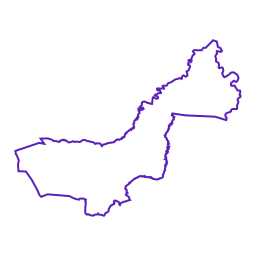 San Joaquín, Querétaro, Mexico (Albers equal-area conic projection)
{"feature_id": "50627088B97826300633000", "entity_name": "San Joaquín", "entity_type": "district", "adm_level": 2, "iso_a3": "MEX", "parent_name": "Mexico", "parent_adm1": "Querétaro", "projection": "albers", "projection_center": [-99.468, 20.999], "detail": "fine", "context": "isolated", "style": "outline", "palette": "violet", "viewbox_px": 256, "rotation_deg": 0, "n_neighbors": 0, "source": "geoboundaries", "source_scale": "gbopen_adm2", "svg_char_len": 5880}
<svg xmlns="http://www.w3.org/2000/svg" viewBox="0 0 256 256"><path d="M222.0,50.8L221.2,50.0L220.6,48.2L217.8,46.8L216.9,41.6L213.1,40.3L205.7,47.8L203.4,47.8L201.6,50.3L193.9,50.2L192.9,51.4L194.6,53.7L194.3,54.3L192.7,55.4L191.9,57.6L191.4,58.4L191.4,59.4L191.7,60.8L190.9,62.0L189.6,59.9L188.5,60.2L188.8,62.9L187.9,63.9L188.3,64.9L189.5,65.2L190.1,66.2L188.6,70.4L186.6,71.3L187.3,74.0L187.3,75.8L185.7,76.7L183.5,75.4L182.3,76.2L181.9,78.5L181.6,78.9L179.8,78.0L179.3,78.4L175.1,79.5L171.0,82.3L168.2,83.1L166.8,85.5L165.6,85.7L162.7,85.8L162.9,87.1L164.1,88.2L163.7,88.8L162.5,88.0L160.6,88.8L158.5,88.3L157.1,88.6L157.0,89.6L157.9,90.4L159.0,90.4L160.1,90.9L161.1,92.9L161.0,93.1L158.5,93.2L156.9,94.2L155.6,94.5L154.9,95.3L157.7,96.6L158.2,97.8L157.7,98.5L156.8,98.7L155.7,98.6L153.5,97.1L152.8,97.5L152.0,104.0L147.3,102.8L144.9,101.6L143.0,101.7L142.5,101.9L141.8,103.3L141.9,104.5L141.4,105.5L139.5,107.3L139.4,107.9L141.5,108.2L142.5,107.6L143.0,107.8L143.6,108.9L141.8,110.0L141.3,109.9L139.5,110.2L138.5,109.5L138.7,111.1L139.4,111.6L139.3,112.6L139.5,112.9L139.4,113.4L138.6,113.7L137.9,115.6L138.3,116.3L138.3,117.0L137.7,116.8L137.6,118.3L136.9,118.1L136.9,119.0L136.3,118.7L135.6,119.4L135.8,120.0L134.6,120.7L134.1,121.4L134.2,123.2L133.3,124.0L134.1,126.8L134.1,127.8L133.4,128.1L132.9,127.8L132.4,128.1L132.7,128.7L131.4,129.2L131.1,129.8L130.7,129.3L130.0,129.8L129.6,129.8L129.2,130.5L126.4,132.4L126.5,133.2L126.2,133.4L125.7,133.2L125.4,133.4L125.4,134.1L124.8,135.1L124.4,137.0L123.7,137.3L123.3,137.0L122.5,137.6L122.3,138.3L121.8,138.0L121.5,138.7L119.0,139.9L118.3,139.4L116.3,139.7L116.0,140.4L114.6,141.4L114.3,142.1L106.7,143.4L106.2,144.0L103.5,144.5L101.9,146.1L100.7,144.1L99.9,143.5L97.8,143.3L97.2,143.5L96.6,143.3L95.5,143.8L94.8,143.8L94.5,143.1L92.8,142.1L90.0,141.7L89.1,141.1L87.4,141.1L85.2,140.1L83.4,139.9L82.7,140.1L80.0,142.0L76.3,141.6L75.3,141.9L74.0,141.8L73.0,141.2L72.5,141.5L68.9,142.5L67.1,141.5L66.2,140.5L65.6,140.2L65.2,140.5L63.9,139.8L63.2,140.2L62.7,139.8L61.6,140.4L60.3,140.5L60.0,141.2L59.2,142.0L55.5,140.9L54.5,141.2L53.1,140.7L52.1,139.8L47.8,138.4L40.6,138.6L44.2,143.8L39.1,142.9L15.4,150.9L15.9,154.3L16.6,154.9L18.8,160.3L18.0,164.9L18.5,171.2L25.9,171.5L31.7,179.7L37.4,190.2L39.6,195.3L41.3,196.8L47.5,194.3L69.4,196.1L74.5,198.6L78.9,199.7L79.4,198.9L80.3,198.6L83.7,198.6L85.9,199.7L85.6,200.5L85.3,200.5L85.2,201.6L85.9,202.4L85.3,207.3L85.2,212.1L85.5,213.4L86.1,214.0L87.0,214.6L87.7,214.2L89.0,214.4L89.2,214.8L90.4,215.2L93.2,215.7L93.4,215.3L95.2,214.6L96.6,214.6L97.4,214.2L98.0,213.5L98.9,214.6L102.0,215.0L103.0,215.6L104.2,215.6L105.6,213.0L108.1,211.8L108.5,210.9L108.9,208.5L109.3,208.2L110.5,205.8L111.8,205.3L112.2,204.7L114.0,204.1L114.2,203.5L113.9,203.1L114.0,202.6L114.4,202.4L114.0,201.3L114.5,200.6L115.6,200.6L117.6,201.4L119.3,202.6L119.7,203.7L119.2,204.2L119.9,205.0L120.6,203.4L122.0,202.5L124.9,201.4L125.6,201.5L127.3,200.7L128.4,200.5L129.1,200.0L130.0,200.0L128.7,196.8L126.9,195.4L126.2,195.4L126.0,195.0L126.4,194.9L126.4,193.4L127.5,193.0L126.5,191.6L126.8,190.0L125.3,188.9L125.2,188.3L125.8,187.2L125.8,186.1L128.5,184.3L128.9,183.4L129.4,183.3L129.2,183.0L129.5,182.5L130.6,182.2L131.1,181.4L131.8,181.1L134.3,178.8L135.2,178.7L135.5,178.2L136.1,177.9L136.8,178.0L137.5,177.2L138.9,176.9L139.2,176.4L140.0,176.0L141.5,176.3L142.1,176.1L142.3,176.6L142.5,176.6L143.4,176.3L143.7,176.5L144.6,176.0L145.0,176.2L145.1,177.0L146.0,176.9L147.6,177.3L148.5,177.0L148.8,177.3L150.0,177.0L151.2,177.2L151.4,177.5L151.2,178.0L152.1,178.0L152.6,178.7L153.2,178.7L153.6,179.0L156.7,179.5L157.7,179.4L158.3,178.9L159.0,179.0L159.8,178.3L161.3,178.2L162.6,177.3L163.2,175.7L162.8,174.8L164.0,173.0L164.0,172.1L164.4,170.8L165.1,170.3L165.0,168.2L165.4,167.1L165.1,165.9L165.8,165.8L165.9,165.3L165.7,164.6L166.3,164.4L166.0,163.8L166.8,163.4L166.5,162.5L166.8,162.1L166.5,161.5L166.9,161.3L166.3,160.6L166.5,159.7L166.0,158.6L165.4,158.7L166.1,157.8L165.6,157.4L165.9,156.8L165.3,156.4L165.2,155.3L165.9,154.6L165.8,154.0L166.9,153.5L167.0,152.7L167.7,152.5L167.5,151.9L168.0,151.3L167.9,151.1L166.8,151.5L166.3,151.5L166.8,150.4L167.3,150.6L168.1,148.7L168.7,148.8L168.8,148.5L168.2,148.1L168.6,147.5L167.5,147.9L167.2,147.7L167.8,146.9L167.7,146.2L167.8,146.0L168.3,146.0L168.3,145.1L168.6,144.5L168.0,144.1L168.8,143.5L167.9,142.5L167.9,142.0L168.4,141.4L166.8,139.7L166.9,138.9L165.8,137.3L165.0,136.9L165.5,135.3L164.9,135.0L165.9,134.0L166.0,133.2L166.8,132.5L166.9,131.8L167.5,131.4L168.4,130.2L168.1,129.3L168.9,128.9L169.1,127.8L168.7,126.9L168.9,126.4L169.4,126.2L169.0,125.5L169.7,125.1L169.9,124.4L170.9,124.8L171.4,124.6L171.1,123.3L171.5,122.8L171.9,123.3L172.3,123.2L172.2,121.1L172.9,119.9L173.5,119.7L174.1,118.7L173.6,117.7L174.2,117.0L173.3,116.6L173.2,115.8L172.9,115.5L172.5,115.2L171.8,115.3L171.7,115.0L172.1,114.2L172.6,113.9L172.6,113.5L186.0,115.4L215.1,116.7L226.2,120.1L226.7,118.2L226.3,117.4L225.7,116.8L225.4,115.8L225.4,114.3L225.8,113.8L226.9,113.0L230.8,111.7L231.0,111.4L231.1,110.0L232.3,109.2L234.3,108.8L236.5,109.2L237.1,108.8L237.1,105.4L238.4,102.1L238.3,101.4L237.7,100.5L237.7,99.3L238.5,98.2L240.3,97.0L240.6,96.2L240.5,95.7L239.7,95.2L239.6,94.6L240.2,93.0L240.2,91.1L239.9,90.5L237.9,90.5L237.3,90.2L236.5,88.5L235.8,87.9L234.6,85.6L234.0,85.5L232.7,85.9L231.2,85.6L231.0,85.0L231.0,83.9L231.4,82.8L232.5,82.0L233.6,80.8L234.0,80.8L235.5,81.7L236.4,81.9L236.8,81.6L238.1,79.5L238.5,77.5L237.3,74.8L233.8,72.4L231.9,72.5L230.6,72.8L229.5,74.3L225.2,77.0L224.4,77.1L223.5,76.5L223.3,75.6L222.2,73.6L222.4,72.7L223.1,71.6L223.3,70.2L222.8,68.1L222.5,67.7L221.4,67.4L219.6,68.2L218.8,67.8L218.6,67.0L219.0,65.5L218.9,63.9L218.4,62.9L217.6,62.2L216.4,61.7L216.0,61.1L215.9,60.5L216.2,59.1L215.3,56.4L215.7,55.3L217.0,53.8L216.7,52.0L216.8,51.1L217.2,51.0L220.5,51.9L221.5,51.5L222.0,50.8Z" fill="none" stroke="#5b21b6" stroke-width="2"/></svg>